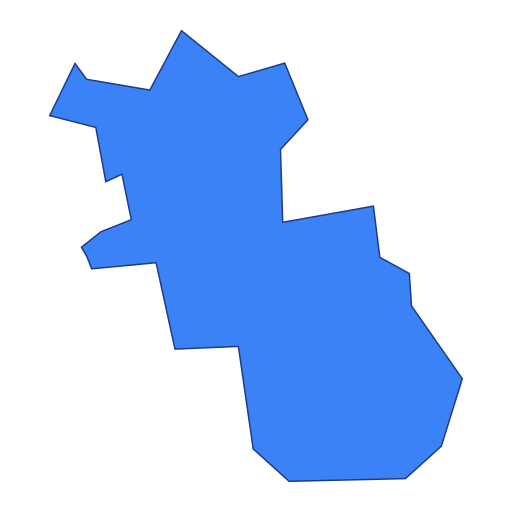 Grobinas, Robinson projection
{"feature_id": "LVA-5716", "entity_name": "Grobinas", "entity_type": "Municipality", "adm_level": 1, "iso_a3": "LVA", "parent_name": "Latvia", "parent_adm1": "", "projection": "robinson", "projection_center": [21.193, 56.504], "detail": "fine", "context": "isolated", "style": "filled", "palette": "blue", "viewbox_px": 512, "rotation_deg": 0, "n_neighbors": 0, "source": "natural_earth", "source_scale": "10m", "svg_char_len": 490}
<svg xmlns="http://www.w3.org/2000/svg" viewBox="0 0 512 512"><path d="M91.7,268.8L86.9,256.6L81.5,247.2L101.1,231.7L131.3,219.7L122.0,174.2L105.8,181.7L95.8,127.4L49.7,115.6L75.0,63.5L86.6,79.3L149.8,90.1L181.5,30.7L238.4,76.6L284.7,63.1L307.9,119.8L280.5,149.4L282.7,222.3L373.4,206.1L379.8,257.3L409.3,273.5L411.5,305.9L462.3,378.8L441.3,446.2L405.4,478.6L289.1,481.3L253.2,448.9L238.4,346.4L175.0,349.1L156.1,262.7L91.7,268.8Z" fill="#3b82f6" stroke="#1e3a8a" stroke-width="1.5"/></svg>